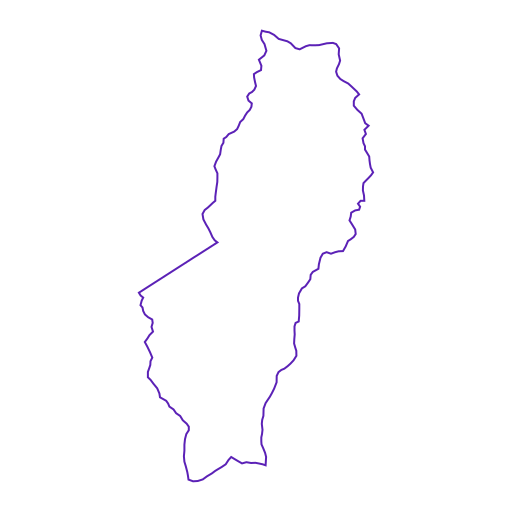 the district of Birigui, São Paulo, Brazil
{"feature_id": "56859067B14690438145522", "entity_name": "Birigui", "entity_type": "district", "adm_level": 2, "iso_a3": "BRA", "parent_name": "Brazil", "parent_adm1": "São Paulo", "projection": "albers", "projection_center": [-50.348, -21.264], "detail": "fine", "context": "isolated", "style": "outline", "palette": "violet", "viewbox_px": 512, "rotation_deg": 0, "n_neighbors": 0, "source": "geoboundaries", "source_scale": "gbopen_adm2", "svg_char_len": 3236}
<svg xmlns="http://www.w3.org/2000/svg" viewBox="0 0 512 512"><path d="M140.5,305.2L142.5,307.5L143.2,311.0L144.9,314.4L148.1,317.2L152.2,319.5L152.7,322.9L151.5,326.9L153.0,331.6L149.5,335.1L147.4,338.5L144.8,342.0L147.4,346.8L150.0,352.2L152.3,357.6L150.5,361.2L150.3,365.0L149.3,368.0L147.9,371.9L147.9,377.3L150.6,379.9L153.5,383.8L157.2,388.3L159.4,393.5L160.0,397.3L163.4,399.2L166.2,400.8L168.1,403.5L169.4,406.6L173.5,409.4L176.1,413.2L180.2,416.0L182.8,420.3L186.7,423.7L188.8,426.7L188.8,430.2L186.3,434.1L185.0,439.1L184.4,444.7L184.4,450.8L183.9,456.2L184.4,461.7L185.8,466.3L187.3,472.1L187.9,475.4L188.5,479.6L193.1,481.3L197.8,481.0L202.8,479.4L207.0,476.3L211.9,473.4L215.2,470.9L217.8,469.3L221.7,467.0L225.7,464.3L228.5,460.0L231.2,457.0L234.3,458.9L238.0,461.1L242.0,463.4L246.4,462.2L251.1,463.0L255.4,462.8L259.0,463.5L262.7,464.3L265.6,465.3L265.9,460.3L266.1,456.9L265.1,452.9L263.2,448.2L261.5,444.4L261.3,441.1L261.3,437.4L262.0,434.2L262.5,429.8L261.8,423.9L262.2,419.9L263.4,415.9L263.6,408.5L265.6,403.1L268.0,399.5L269.9,396.7L271.9,393.1L274.1,388.7L276.6,382.3L276.7,375.9L278.5,372.1L281.4,369.9L284.3,368.7L287.6,366.2L290.4,363.7L293.5,360.4L296.4,355.8L296.3,350.8L295.3,347.7L294.1,343.5L294.3,339.1L294.7,334.4L294.5,330.7L294.5,326.4L295.6,322.9L298.7,321.5L299.2,315.6L299.3,309.0L299.3,304.0L298.0,300.8L298.0,297.6L299.0,293.4L301.9,288.4L305.3,286.3L308.1,282.5L310.3,279.2L310.7,274.8L312.8,271.9L315.7,270.3L318.4,268.8L318.9,264.2L320.5,257.7L322.8,253.7L326.6,252.2L331.0,253.7L335.1,252.2L338.6,251.3L343.0,251.1L345.7,246.4L348.0,241.0L350.7,239.3L353.8,236.9L355.7,234.0L355.2,229.5L352.0,224.3L349.5,220.4L350.7,216.6L351.2,212.7L355.2,210.4L359.1,209.7L360.1,206.7L358.0,203.7L360.6,200.8L364.3,200.8L364.0,195.5L362.9,190.4L363.0,186.4L363.5,183.1L365.9,180.6L368.4,178.1L371.1,175.2L373.1,172.4L370.7,167.7L370.0,164.1L369.5,160.4L369.2,156.5L366.8,152.5L365.0,149.6L365.0,146.3L363.5,143.2L362.6,138.3L365.9,134.0L364.4,129.8L368.6,125.7L365.2,123.2L363.4,118.4L361.6,113.7L357.3,109.8L353.8,105.7L353.8,101.3L355.2,97.9L359.1,94.4L356.8,91.5L351.3,86.3L348.2,83.5L343.6,81.1L340.3,79.0L337.4,75.7L336.1,71.7L336.9,68.4L339.0,64.1L340.1,60.6L338.7,54.3L339.1,48.4L336.2,44.1L332.9,42.9L326.8,43.3L319.1,45.1L314.7,45.3L309.4,45.2L305.9,46.2L299.7,49.3L295.4,48.1L290.8,43.3L287.4,41.3L278.7,38.9L274.1,34.9L269.2,32.3L265.6,31.7L261.9,30.7L260.6,35.4L261.8,39.9L264.5,44.1L266.4,50.8L264.3,55.4L258.9,59.7L261.4,65.8L261.0,70.1L256.9,72.1L253.9,74.1L254.1,77.4L255.0,81.9L256.0,86.0L254.3,89.7L252.0,92.0L249.2,93.5L247.2,96.6L248.5,100.6L251.8,103.4L251.4,106.8L249.7,110.0L247.2,112.4L245.1,115.6L243.3,119.1L240.2,122.0L238.6,126.0L237.1,129.1L234.2,131.6L228.7,134.1L226.3,137.0L223.7,138.7L223.4,142.8L221.5,145.9L220.8,149.5L220.1,154.3L218.4,157.5L216.1,161.6L214.4,166.2L215.5,169.1L217.4,173.3L217.4,177.6L217.3,182.0L216.6,186.6L215.8,192.6L215.3,196.7L215.3,200.8L212.9,202.8L210.5,205.1L207.8,207.6L204.7,210.0L202.5,214.0L203.4,219.4L206.1,224.6L208.4,228.4L210.3,232.2L212.4,237.0L214.7,240.3L217.4,242.4L196.8,255.6L194.2,257.2L190.8,259.4L181.3,265.5L138.9,292.7L140.6,295.5L143.2,297.6L141.7,300.6L140.5,305.2Z" fill="none" stroke="#5b21b6" stroke-width="2"/></svg>